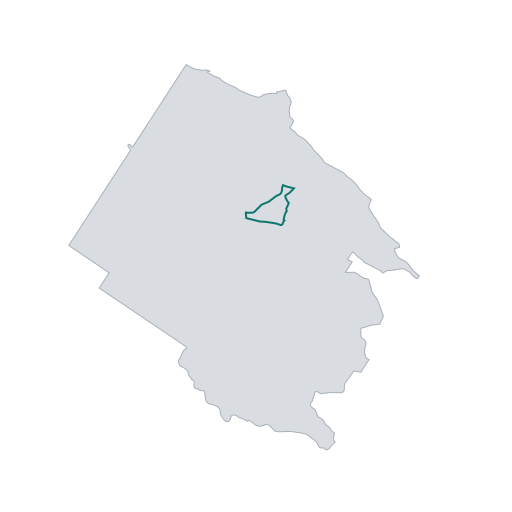 Sudan, with Khartoum highlighted, rotated 303°
{"feature_id": "SDN-874", "entity_name": "Khartoum", "entity_type": "Region", "adm_level": 1, "iso_a3": "SDN", "parent_name": "Sudan", "parent_adm1": "", "projection": "equal_earth", "projection_center": [32.98, 15.925], "detail": "fine", "context": "in_parent", "style": "outline", "palette": "teal", "viewbox_px": 512, "rotation_deg": 303, "n_neighbors": 0, "source": "natural_earth", "source_scale": "10m", "svg_char_len": 4526}
<svg xmlns="http://www.w3.org/2000/svg" viewBox="0 0 512 512"><g transform="rotate(303 256 256)"><path d="M328.4,403.8L324.9,403.8L324.5,402.7L324.6,399.7L325.0,397.4L326.2,393.8L325.9,391.8L326.1,388.9L325.2,385.7L316.8,376.5L315.2,373.9L310.7,371.6L311.5,369.0L309.6,350.0L310.6,347.8L310.8,344.5L310.8,341.6L311.9,336.8L312.0,334.7L303.1,334.6L303.0,336.7L303.4,339.0L303.4,339.9L291.0,340.0L296.0,347.4L296.2,350.7L295.9,354.7L296.0,357.3L296.3,359.0L297.6,362.3L297.5,363.0L297.2,363.8L288.4,373.7L286.9,378.3L285.8,380.7L283.2,384.7L275.2,395.3L273.8,396.0L267.7,396.4L267.1,396.7L266.6,397.2L266.4,397.0L261.2,390.8L252.4,383.3L246.6,387.2L245.0,388.7L244.9,392.3L244.1,394.1L242.5,396.1L238.2,397.4L235.9,398.5L233.2,400.5L230.6,403.9L230.4,405.6L230.7,407.2L215.8,407.2L214.9,405.9L212.7,400.3L211.2,400.6L197.7,400.0L195.7,400.6L191.9,402.9L189.9,403.3L187.9,402.2L180.9,391.1L179.3,389.8L177.7,387.2L176.2,386.0L175.7,385.2L175.6,384.0L175.6,381.6L175.1,380.1L174.0,379.7L164.4,382.3L163.1,382.0L161.1,382.5L160.4,382.9L159.6,384.4L159.4,387.4L159.1,388.9L158.4,390.6L155.6,394.3L155.0,396.0L155.1,400.1L154.9,402.2L154.5,403.1L153.3,404.7L152.8,405.6L152.3,410.9L150.8,414.1L150.4,415.3L150.3,417.6L150.1,418.3L145.7,420.1L144.1,421.3L143.1,423.1L142.9,423.8L141.0,423.2L138.7,422.7L134.1,422.2L132.3,421.3L131.5,420.1L131.8,416.8L131.4,416.2L130.6,415.6L130.2,414.2L130.3,412.5L132.7,408.8L133.2,406.9L133.9,397.6L133.8,394.7L131.9,389.5L127.7,380.6L126.6,378.8L121.3,371.4L120.7,370.3L119.4,367.2L120.9,360.4L121.1,358.5L120.7,356.6L119.4,355.1L118.1,354.9L116.6,353.1L115.5,352.3L114.6,350.7L114.0,348.4L114.6,340.4L114.3,339.3L112.9,339.0L112.6,338.5L112.6,336.9L112.0,332.4L111.2,328.6L111.7,326.5L110.5,323.6L108.4,322.4L104.0,323.4L102.7,323.2L101.8,322.7L101.1,321.6L100.8,320.4L101.1,318.5L102.4,315.1L104.0,312.3L107.1,309.8L108.0,308.4L108.5,306.9L108.6,305.2L108.4,303.4L108.1,301.7L107.2,299.5L106.4,296.9L106.4,295.2L106.8,294.0L107.7,292.4L110.8,289.5L114.0,287.0L114.6,286.2L114.4,285.2L113.0,283.1L112.6,279.2L111.8,276.5L113.5,274.4L114.7,273.7L116.5,273.1L117.3,272.2L117.5,270.6L117.5,269.0L118.1,267.9L119.1,265.4L119.8,264.2L122.3,261.3L122.8,259.4L123.0,257.6L122.5,252.1L123.9,249.8L125.7,247.9L128.2,248.0L132.2,247.6L134.9,246.8L136.8,246.8L141.2,247.9L141.7,247.4L141.9,246.0L143.7,142.0L161.7,142.0L161.9,141.8L162.9,93.2L275.8,93.2L276.7,93.0L278.5,88.5L279.3,88.2L280.4,88.4L280.8,89.5L279.9,93.2L378.5,93.2L378.7,98.7L379.6,103.2L382.4,109.5L384.8,112.9L385.7,114.8L385.8,115.7L385.7,116.5L385.0,115.6L383.7,114.9L383.6,117.9L384.2,124.0L385.3,128.3L384.6,132.2L384.7,139.0L386.1,147.0L385.9,152.2L388.1,164.2L390.1,170.9L391.2,172.5L392.5,173.4L394.9,174.0L398.4,177.4L401.3,181.0L402.3,182.8L403.6,184.9L404.6,184.5L405.1,184.0L406.1,185.7L410.5,189.3L411.2,190.9L409.6,192.6L407.8,195.4L406.9,198.0L406.5,198.9L405.0,200.5L404.8,201.3L404.1,201.8L403.5,201.8L401.9,202.7L400.6,202.5L399.2,203.0L398.7,203.6L397.6,204.1L396.1,204.4L393.9,206.6L391.9,207.7L391.2,208.6L390.2,213.1L389.4,214.2L386.4,214.3L385.0,214.7L383.0,214.2L382.0,214.3L381.8,215.2L381.4,219.0L381.5,220.7L379.9,225.0L380.4,233.2L378.8,239.3L378.6,240.7L377.0,245.5L376.2,247.3L374.1,256.3L373.3,259.1L371.6,262.0L373.5,283.8L372.1,290.5L372.1,294.2L371.1,299.5L370.3,302.0L369.0,305.0L367.9,308.4L366.9,312.8L366.3,321.2L366.0,322.0L360.7,323.0L359.0,323.6L357.9,324.6L356.5,326.7L353.8,332.6L352.4,336.3L350.2,341.2L347.6,344.7L347.0,346.5L346.6,349.6L345.6,354.7L344.8,358.3L344.9,361.1L344.1,366.2L344.3,368.6L343.3,370.0L342.1,371.2L341.3,371.6L337.6,368.2L334.9,370.5L333.3,373.8L332.1,377.0L332.8,384.0L332.7,385.5L332.4,387.2L329.9,394.0L329.2,397.1L328.4,402.5L328.4,403.8Z" fill="#d9dde1" stroke="#a8b0b8" stroke-width="1"/><path d="M318.3,254.6L313.9,255.4L313.2,255.4L312.4,255.5L311.9,255.8L311.6,256.0L310.8,256.9L310.6,257.1L310.3,257.4L310.1,257.4L309.1,257.2L305.7,257.8L301.8,259.3L301.5,259.4L301.4,259.5L301.2,260.3L301.2,260.5L299.1,260.4L298.4,260.5L298.1,260.7L297.5,260.9L297.3,260.9L297.2,260.9L295.8,260.4L295.5,260.1L294.4,255.9L293.9,254.4L289.9,245.5L287.1,240.6L282.5,227.2L286.4,224.1L287.1,223.9L287.5,225.0L287.8,225.7L290.2,229.1L291.0,230.0L292.0,230.6L301.6,232.6L302.5,233.0L308.4,237.1L317.5,240.3L319.8,241.9L321.3,242.5L322.0,242.7L323.3,242.6L324.5,242.3L327.0,241.1L327.6,240.6L330.3,240.1L330.4,241.5L330.9,243.7L333.4,251.0L327.1,249.7L323.0,247.8L322.4,247.8L321.7,248.3L320.8,249.3L319.2,252.2L318.3,254.6Z" fill="none" stroke="#0f766e" stroke-width="2"/></g></svg>